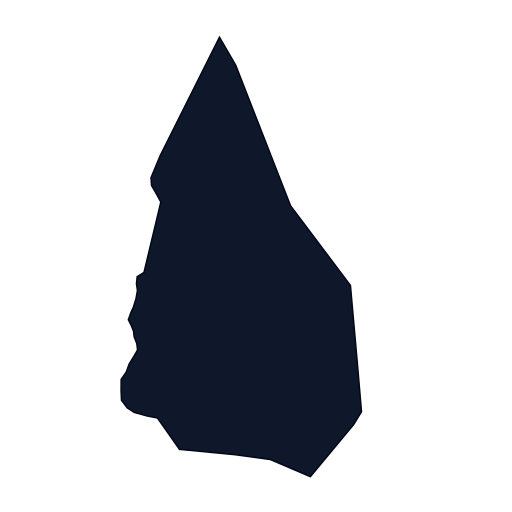 Floresta do Piauí, Piauí, Brazil, rotated 6°
{"feature_id": "56859067B30804190788438", "entity_name": "Floresta do Piauí", "entity_type": "district", "adm_level": 2, "iso_a3": "BRA", "parent_name": "Brazil", "parent_adm1": "Piauí", "projection": "robinson", "projection_center": [-41.832, -7.451], "detail": "fine", "context": "isolated", "style": "filled", "palette": "ink", "viewbox_px": 512, "rotation_deg": 6, "n_neighbors": 0, "source": "geoboundaries", "source_scale": "gbopen_adm2", "svg_char_len": 659}
<svg xmlns="http://www.w3.org/2000/svg" viewBox="0 0 512 512"><g transform="rotate(6 256 256)"><path d="M333.1,469.8L370.7,413.5L377.2,399.8L367.9,351.5L360.0,311.2L353.0,275.4L285.1,202.4L215.9,68.4L196.8,42.2L150.2,166.2L143.4,189.1L144.7,196.7L151.0,205.4L155.7,212.3L146.3,284.1L140.0,288.9L140.0,296.0L141.7,302.8L141.1,311.0L139.4,319.7L137.6,325.0L135.7,332.7L139.2,338.1L142.0,343.4L143.3,349.2L146.6,355.5L148.0,361.8L145.3,368.0L141.1,376.7L139.2,384.7L134.8,392.9L135.9,404.1L137.3,413.5L143.8,420.5L151.3,424.3L164.6,426.5L174.9,427.4L200.1,456.3L255.7,455.8L291.4,456.9L333.1,469.8Z" fill="#0f172a" stroke="#020617" stroke-width="1.5"/></g></svg>